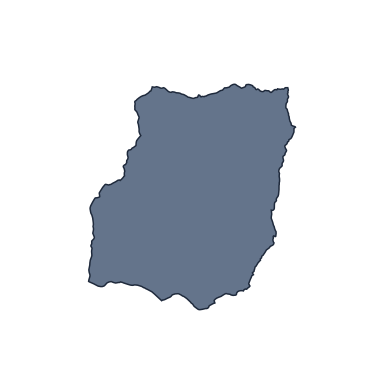 El Espino, Boyacá, Colombia, rotated 153°
{"feature_id": "7082276B84809079779557", "entity_name": "El Espino", "entity_type": "district", "adm_level": 2, "iso_a3": "COL", "parent_name": "Colombia", "parent_adm1": "Boyacá", "projection": "natural_earth1", "projection_center": [-72.481, 6.507], "detail": "fine", "context": "isolated", "style": "filled", "palette": "slate", "viewbox_px": 384, "rotation_deg": 153, "n_neighbors": 0, "source": "geoboundaries", "source_scale": "gbopen_adm2", "svg_char_len": 5986}
<svg xmlns="http://www.w3.org/2000/svg" viewBox="0 0 384 384"><g transform="rotate(153 192 192)"><path d="M324.7,159.3L324.4,158.7L321.3,154.9L318.4,150.8L316.2,149.1L315.0,148.5L313.9,148.3L312.9,148.2L311.2,148.7L309.6,149.4L308.6,149.6L306.8,149.5L304.7,148.9L302.9,146.9L301.4,145.6L299.9,145.1L299.2,145.0L297.4,144.2L296.6,144.4L294.7,142.7L294.5,142.3L291.2,139.0L289.2,137.1L288.1,136.3L287.0,135.7L285.3,135.3L282.8,133.7L279.9,130.9L279.2,130.0L278.9,129.3L278.5,128.7L277.9,128.3L276.9,126.6L276.1,125.7L273.1,121.4L271.7,118.0L268.4,108.9L267.4,109.1L267.1,108.9L265.2,108.5L262.0,108.5L259.2,108.3L258.1,108.5L256.8,109.1L256.1,109.3L253.4,108.9L250.5,107.7L249.7,106.9L248.3,104.9L247.7,103.7L246.6,102.5L245.0,99.4L243.3,94.6L243.2,93.7L242.9,93.0L242.3,91.9L242.0,89.1L240.1,85.2L239.6,84.4L238.5,83.6L236.1,82.8L232.8,82.0L232.1,81.6L230.9,81.3L229.6,81.7L228.5,82.7L227.2,82.9L225.3,82.9L224.5,83.0L223.7,82.9L223.3,83.0L222.7,83.0L222.2,82.6L221.9,83.0L221.7,85.0L221.4,85.4L219.7,86.0L218.2,86.2L216.1,86.1L213.6,85.8L209.6,86.2L207.8,86.1L206.7,85.1L204.8,83.8L204.3,83.3L204.0,82.6L203.3,82.0L202.3,81.2L199.9,80.3L199.5,80.3L199.0,80.6L198.6,80.9L198.3,81.5L197.6,82.0L196.7,82.4L195.5,82.5L193.9,82.2L193.6,82.0L192.2,81.4L191.1,80.5L190.2,81.2L189.7,81.3L188.8,81.3L188.3,81.2L187.7,80.7L187.3,80.6L186.0,81.1L184.5,81.3L183.2,81.8L183.0,82.3L183.2,82.8L183.1,83.4L183.2,84.0L183.0,84.7L179.2,88.1L178.1,88.9L176.6,90.3L174.8,90.4L174.9,92.5L172.7,93.2L172.1,94.1L171.4,94.7L170.1,96.3L169.5,96.7L168.7,96.8L165.0,99.1L164.4,99.2L164.0,99.5L162.0,100.1L161.6,101.3L159.9,101.8L159.1,103.0L158.7,103.2L157.3,103.4L156.5,103.9L154.3,105.1L152.0,106.6L148.7,107.1L146.9,108.0L144.5,108.0L143.4,108.2L142.5,108.9L142.0,109.6L142.2,110.4L141.7,112.6L140.3,114.2L140.1,115.1L139.6,115.7L138.9,115.8L138.2,114.5L137.5,114.5L135.8,117.0L135.1,118.6L135.2,119.9L135.0,121.8L134.5,123.9L134.5,125.4L133.8,128.6L133.3,132.7L132.4,134.2L131.0,136.1L129.6,139.8L128.7,139.1L127.8,139.0L126.7,139.4L126.0,140.2L124.0,143.9L123.0,145.2L121.8,145.4L120.7,146.0L120.2,147.3L119.5,148.0L117.1,149.3L116.1,150.4L113.4,154.6L111.5,158.3L110.8,159.2L110.1,160.6L109.1,161.8L108.0,164.0L107.2,166.4L106.4,167.8L105.7,168.7L105.4,170.8L105.1,171.4L104.3,172.4L103.2,173.3L100.1,174.2L99.5,174.9L99.2,175.8L98.5,176.8L97.3,177.4L96.5,178.0L96.0,178.8L95.6,180.6L95.1,182.0L94.3,182.6L93.3,182.7L92.3,183.0L91.5,184.2L89.3,185.6L88.8,186.3L88.9,188.8L88.6,190.6L88.0,191.2L86.1,191.6L85.3,192.0L84.8,192.6L84.0,193.3L83.3,193.2L82.5,193.6L81.9,194.6L79.9,194.7L78.7,195.2L76.9,196.6L74.0,199.1L72.2,202.4L70.4,202.8L70.5,203.4L72.2,205.1L73.1,206.4L72.5,208.5L72.6,210.5L72.0,213.1L71.3,214.9L71.1,216.9L70.5,217.7L70.2,220.5L69.7,222.3L69.8,223.2L70.1,224.0L70.1,224.5L69.1,226.4L67.8,228.2L66.7,228.7L66.0,229.2L65.6,229.8L65.1,231.0L64.4,231.8L63.5,232.2L63.0,232.7L62.6,233.5L62.5,235.6L62.3,236.2L61.4,236.8L61.0,238.1L60.2,238.6L59.8,239.3L59.3,241.5L61.4,242.5L62.0,242.5L63.1,242.1L64.1,242.2L64.5,242.7L64.9,242.9L66.5,243.3L68.3,244.5L68.9,245.1L69.0,245.1L69.6,244.6L69.8,244.6L70.1,244.6L70.8,245.2L71.7,245.6L72.3,245.6L74.8,245.1L75.9,244.7L76.6,244.9L76.9,245.4L77.6,247.1L77.8,247.4L79.2,248.2L80.8,249.4L81.5,249.4L82.3,249.2L82.6,249.2L83.1,249.2L83.9,249.6L84.6,250.2L85.2,250.8L85.4,251.2L86.0,253.0L86.5,253.8L86.9,254.0L87.9,253.9L88.3,254.1L88.5,254.4L88.7,256.6L89.8,258.1L89.7,259.2L91.1,260.8L92.6,262.1L94.6,262.9L95.5,262.8L96.4,261.8L97.2,261.6L100.7,262.0L100.9,262.1L101.4,263.2L103.5,266.3L104.2,267.8L104.8,268.5L105.6,268.9L107.0,269.2L108.7,269.2L109.6,269.1L110.8,268.6L111.4,268.6L113.7,269.1L115.8,270.0L118.6,268.9L120.1,269.3L120.9,269.4L125.0,269.1L126.0,269.3L130.6,270.7L133.7,271.2L135.9,271.1L137.0,271.5L137.8,271.4L139.3,272.4L139.7,272.6L140.6,272.6L140.9,272.8L141.1,273.5L141.2,274.6L142.0,275.4L142.5,275.2L143.6,274.2L144.1,273.9L144.4,273.9L145.4,274.3L146.1,274.5L147.7,274.6L148.5,274.9L148.8,275.1L151.5,277.6L152.5,278.3L153.3,279.9L155.0,282.4L155.7,283.1L156.9,284.0L157.5,285.0L157.9,285.5L158.9,286.3L160.9,287.5L162.3,289.0L163.7,290.0L164.4,290.3L165.3,290.2L166.3,290.9L167.3,292.1L167.6,292.7L168.9,296.3L169.4,297.2L170.1,297.9L171.6,298.1L172.6,298.6L174.1,300.4L175.7,301.9L177.8,302.3L179.7,303.7L180.0,303.3L182.6,300.8L183.1,300.7L183.5,300.9L185.7,300.1L189.7,299.6L192.0,300.1L193.8,300.2L196.1,300.0L199.0,299.4L200.1,298.9L201.4,298.8L201.9,298.5L202.3,297.7L202.6,296.4L203.0,295.9L204.0,294.5L204.7,292.8L205.4,291.7L205.5,291.0L204.9,288.9L204.8,288.2L204.8,287.5L205.1,285.1L205.1,283.2L205.5,282.1L208.3,279.3L208.8,278.4L209.1,276.4L210.3,272.8L210.7,271.8L211.4,270.5L211.8,269.7L212.0,268.4L212.1,267.4L212.0,265.5L215.7,264.0L217.7,263.0L218.4,262.5L219.4,261.2L220.8,258.9L221.2,258.7L222.9,258.5L223.8,258.2L225.3,258.3L226.8,257.6L227.4,257.5L229.4,258.1L230.9,257.4L231.7,256.4L232.7,254.5L233.2,251.9L234.3,250.5L235.8,249.7L236.3,249.1L236.5,248.4L236.8,247.9L238.8,246.6L239.8,246.8L240.6,246.6L241.5,246.2L241.6,245.9L241.8,245.5L241.8,243.6L242.5,241.0L243.5,239.9L244.3,238.5L244.8,237.0L245.5,236.9L246.5,236.3L248.8,235.4L250.8,234.9L251.1,235.6L252.6,236.1L255.2,235.8L258.9,235.8L260.3,235.6L260.9,235.6L261.7,235.9L262.8,236.0L263.1,236.1L265.4,238.0L265.8,238.1L266.3,238.0L269.4,236.7L274.9,233.4L275.2,233.0L276.2,230.0L276.6,229.6L278.2,229.7L279.5,230.1L280.5,230.5L281.0,230.6L282.5,229.8L285.3,228.0L288.5,225.7L289.7,224.5L290.4,223.4L291.3,220.6L291.7,219.0L291.7,216.9L292.1,214.9L292.3,213.9L293.8,209.7L294.5,208.0L295.9,206.1L296.2,204.6L296.9,203.1L299.1,200.3L299.5,196.1L300.1,195.3L300.6,194.9L303.6,193.8L304.9,191.3L306.2,190.4L306.5,189.9L306.7,189.3L306.7,189.0L306.5,188.3L306.7,187.1L308.2,185.1L308.7,184.1L309.5,182.1L309.9,181.1L310.8,180.0L313.5,177.5L315.1,175.3L316.2,173.4L319.1,169.7L319.7,168.4L319.9,167.4L320.1,167.1L320.4,165.2L320.6,164.4L321.1,163.4L321.9,162.5L323.7,160.6L324.7,159.3Z" fill="#64748b" stroke="#1e293b" stroke-width="1.5"/></g></svg>